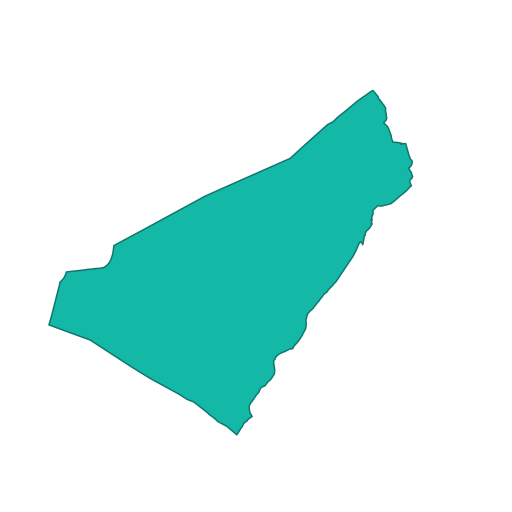 outline of Xalatlaco, México, Mexico, rotated 137°
{"feature_id": "50627088B62914317487686", "entity_name": "Xalatlaco", "entity_type": "district", "adm_level": 2, "iso_a3": "MEX", "parent_name": "Mexico", "parent_adm1": "México", "projection": "natural_earth1", "projection_center": [-99.395, 19.166], "detail": "fine", "context": "isolated", "style": "filled", "palette": "teal", "viewbox_px": 512, "rotation_deg": 137, "n_neighbors": 0, "source": "geoboundaries", "source_scale": "gbopen_adm2", "svg_char_len": 5839}
<svg xmlns="http://www.w3.org/2000/svg" viewBox="0 0 512 512"><g transform="rotate(137 256 256)"><path d="M392.0,138.4L391.3,138.6L390.2,138.7L388.5,139.2L386.8,139.6L385.3,140.1L383.9,140.4L382.9,140.5L381.9,140.7L381.5,140.9L380.6,141.4L379.3,141.8L377.8,141.9L376.6,141.9L375.4,141.4L374.7,141.8L373.9,141.8L372.0,141.8L370.3,141.7L369.2,141.3L368.7,141.3L368.3,141.3L368.2,141.6L368.0,142.2L367.7,143.7L367.3,145.5L366.3,147.1L365.2,148.7L363.6,150.6L361.7,151.6L360.1,152.0L358.1,152.4L354.6,153.1L350.9,154.0L348.9,154.3L347.6,154.2L346.1,154.7L344.9,155.3L343.4,156.0L341.6,156.3L340.3,155.9L338.9,155.3L337.5,155.0L335.8,155.3L334.0,155.7L332.5,155.8L329.7,155.6L327.0,156.2L324.8,156.8L323.4,157.1L322.2,157.9L320.9,159.1L319.3,160.8L317.0,164.3L315.6,166.2L314.8,167.1L313.8,167.4L312.9,167.6L312.3,167.7L312.0,167.7L311.1,168.3L310.0,168.7L308.2,168.7L306.5,168.6L304.9,168.3L303.3,167.7L301.8,167.2L299.9,166.4L297.7,165.8L295.3,165.2L293.9,164.3L292.4,163.2L290.4,164.0L288.8,164.3L288.1,164.4L287.2,164.4L285.9,164.5L285.0,164.6L284.1,164.7L282.7,164.9L282.0,165.0L281.4,165.2L279.9,165.5L278.7,165.8L277.9,166.0L276.9,166.4L276.0,166.5L275.3,166.8L274.5,167.2L273.8,167.6L272.7,167.8L271.8,168.0L271.1,168.4L270.2,168.6L269.3,169.1L268.3,169.7L267.4,170.5L266.3,171.4L265.3,172.4L264.8,173.2L264.2,173.9L263.7,174.4L263.1,174.9L262.6,175.4L261.9,175.9L261.4,176.3L260.5,176.8L259.4,177.6L258.8,177.8L258.0,178.2L256.6,178.8L256.1,178.7L255.3,178.7L254.6,178.8L253.7,178.8L253.1,178.8L252.5,178.8L251.8,178.8L250.9,178.8L250.2,178.7L249.5,178.9L248.0,179.2L247.0,179.4L246.1,179.5L245.2,179.5L244.4,179.8L243.5,179.9L242.7,179.9L241.8,180.0L240.8,180.1L239.7,180.3L238.9,180.5L238.1,180.8L237.2,180.8L236.0,181.0L235.3,181.1L234.8,181.1L234.0,181.4L233.0,181.6L231.9,181.6L231.0,181.6L230.2,181.5L229.5,181.4L228.8,181.3L228.1,181.5L227.5,181.6L226.7,181.9L225.9,181.9L224.7,182.0L223.1,182.1L221.7,182.2L221.2,182.2L220.5,182.1L217.4,182.6L216.0,182.6L215.2,182.6L214.3,182.9L212.7,183.2L185.3,189.6L183.3,190.3L181.6,190.9L179.4,191.7L177.8,192.4L175.4,193.4L173.4,194.4L171.1,195.1L170.2,195.3L170.1,195.1L169.9,194.6L169.7,194.0L169.8,192.8L170.1,191.7L169.9,191.7L169.6,191.8L168.2,192.9L166.7,194.1L166.4,194.3L166.0,194.6L165.8,194.7L164.9,195.3L164.2,196.0L163.9,196.4L163.7,196.5L162.8,196.5L162.6,196.5L162.3,196.6L162.2,196.6L161.9,196.8L161.6,197.1L161.3,197.4L161.2,197.6L161.0,197.8L160.8,197.9L160.7,198.0L160.3,198.2L160.1,198.2L159.8,198.3L159.7,198.4L159.3,198.5L159.2,198.6L159.0,198.8L157.8,198.9L156.6,198.9L156.4,198.9L156.2,198.9L155.3,198.9L155.0,199.0L154.8,199.0L154.2,199.0L153.3,199.0L152.6,199.3L151.7,199.6L151.1,199.7L150.2,200.0L149.4,200.3L149.2,200.3L149.0,200.9L148.8,201.3L149.0,201.3L148.4,202.0L147.9,202.4L147.4,202.8L146.9,203.1L147.5,203.3L147.4,203.5L147.1,203.8L146.8,204.0L146.5,204.2L146.3,204.3L146.1,204.6L145.8,204.6L145.7,204.5L145.4,204.7L145.1,205.3L144.7,205.4L144.3,205.7L143.9,206.0L143.6,206.0L143.6,206.4L142.9,206.6L142.1,206.8L141.7,206.9L141.4,207.2L141.1,207.4L140.8,207.8L140.1,208.8L139.6,209.7L138.5,209.7L136.5,209.7L134.0,209.7L133.6,209.7L132.7,209.7L131.9,208.9L130.9,207.6L130.0,206.8L129.8,206.7L129.0,206.3L128.0,205.8L127.0,205.2L125.9,204.5L124.4,203.7L123.4,203.3L123.0,203.0L122.8,203.0L122.2,202.6L121.9,202.3L120.2,202.1L119.3,202.1L118.4,202.0L117.9,201.9L115.6,201.8L113.9,201.7L110.9,201.7L109.8,201.7L109.1,201.6L105.7,201.3L104.0,201.2L102.3,201.1L100.5,201.2L99.4,201.2L96.7,201.5L95.7,201.4L95.2,201.4L94.5,201.4L94.0,202.6L93.7,203.6L93.4,204.4L92.8,205.3L92.4,205.9L91.5,206.5L90.8,206.7L90.2,206.6L89.7,206.4L88.4,206.8L87.5,207.1L87.0,208.1L86.4,209.4L85.7,210.6L85.3,211.3L85.3,212.3L85.3,213.1L85.1,213.9L84.5,214.8L84.7,215.7L84.7,216.2L82.9,216.4L82.4,216.1L82.2,216.0L80.1,216.6L79.6,216.7L78.2,217.7L77.5,218.4L77.2,219.0L76.8,219.6L77.1,220.9L76.9,222.7L76.1,223.1L76.1,223.9L76.0,224.2L69.9,236.1L70.4,236.6L70.7,236.9L70.8,236.9L71.4,237.4L71.6,237.6L71.8,237.8L72.5,238.3L72.9,238.5L73.2,238.8L73.4,238.9L73.0,239.0L72.9,239.1L72.7,239.3L73.0,239.6L73.8,240.9L73.9,241.0L74.1,241.4L75.3,242.7L76.4,244.0L76.5,244.1L78.1,245.8L78.3,246.0L78.1,246.3L77.0,248.9L76.3,250.1L75.2,251.7L74.5,253.2L73.6,255.4L73.5,255.7L72.5,257.9L71.7,260.3L71.6,260.7L71.6,261.9L71.6,263.3L71.7,264.6L71.7,265.5L71.7,265.9L71.6,266.2L71.3,266.4L70.9,266.6L70.3,266.6L69.4,266.6L68.8,266.6L68.1,266.7L67.4,267.0L67.0,267.2L66.1,268.0L65.8,268.5L65.5,269.1L64.9,269.8L63.4,271.8L63.2,272.6L61.4,274.8L60.8,275.2L60.4,275.9L60.1,276.6L60.0,277.7L59.6,279.3L59.5,280.6L59.6,281.5L59.5,281.9L59.4,282.1L59.3,282.4L59.4,282.6L59.5,282.8L59.4,283.0L59.1,283.5L59.2,283.8L59.3,283.9L59.5,284.3L59.5,284.6L59.3,284.9L59.2,284.9L59.1,285.0L59.2,285.4L59.1,285.6L59.0,285.9L58.9,286.0L59.0,286.2L59.0,286.7L59.0,286.9L58.9,287.2L58.8,287.9L58.5,288.5L58.2,288.9L58.0,289.7L58.0,290.3L57.8,291.1L57.8,291.9L57.9,292.7L57.7,293.7L57.7,294.3L57.7,295.0L57.6,296.0L57.6,296.7L57.6,297.3L58.8,297.7L75.5,300.1L90.2,300.9L101.9,301.8L107.9,301.6L114.1,303.3L143.6,303.9L164.5,304.1L190.7,313.2L215.5,321.8L234.9,328.5L253.1,334.7L268.8,338.7L282.7,342.3L297.4,346.1L312.3,349.9L330.3,354.6L348.4,359.4L352.8,360.5L357.6,356.6L359.1,355.4L360.3,354.7L361.7,353.9L362.9,353.2L364.1,352.5L366.2,351.8L367.8,351.2L369.5,351.0L371.2,350.9L372.8,350.9L374.2,351.2L375.3,351.5L377.0,352.5L379.0,353.8L380.3,354.9L381.6,356.0L383.9,357.7L385.0,358.4L386.1,359.2L387.8,360.7L392.6,364.0L405.5,373.6L406.2,373.3L407.2,372.7L408.7,372.0L410.1,371.4L411.9,370.9L413.1,370.7L414.6,370.5L417.6,370.5L418.0,369.8L439.9,355.8L446.4,351.6L454.4,346.8L445.8,329.7L434.6,307.7L422.4,258.6L416.9,238.7L406.7,208.0L404.1,197.9L401.0,191.5L399.9,184.2L398.4,174.9L398.3,172.1L397.2,166.2L396.7,160.6L393.5,151.4L392.0,138.4Z" fill="#14b8a6" stroke="#0f766e" stroke-width="1.5"/></g></svg>